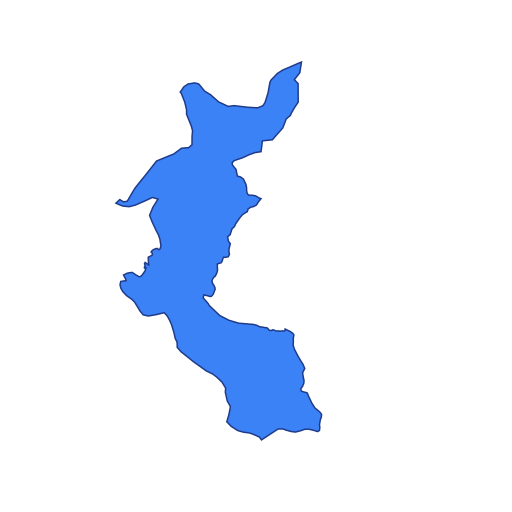 the district of Marudi, Sarawak, Malaysia, rotated 61°
{"feature_id": "92858781B4592285011837", "entity_name": "Marudi", "entity_type": "district", "adm_level": 2, "iso_a3": "MYS", "parent_name": "Malaysia", "parent_adm1": "Sarawak", "projection": "orthographic", "projection_center": [114.551, 4.191], "detail": "fine", "context": "isolated", "style": "filled", "palette": "blue", "viewbox_px": 512, "rotation_deg": 61, "n_neighbors": 0, "source": "geoboundaries", "source_scale": "gbopen_adm2", "svg_char_len": 3709}
<svg xmlns="http://www.w3.org/2000/svg" viewBox="0 0 512 512"><g transform="rotate(61 256 256)"><path d="M194.7,331.9L201.0,334.2L203.2,336.4L203.4,337.9L201.4,338.8L200.9,340.5L200.7,342.7L200.9,344.3L201.7,345.8L202.8,345.3L204.7,346.0L205.0,347.8L204.8,350.8L208.6,352.8L211.8,354.2L207.9,356.1L208.7,357.3L210.8,357.7L211.7,359.1L212.5,359.3L213.0,358.0L215.1,360.1L216.1,362.0L217.8,365.7L217.8,367.6L217.2,368.5L214.3,370.2L210.4,372.2L209.6,373.9L208.6,377.0L208.4,381.1L213.0,381.2L214.6,381.6L213.8,383.5L212.7,386.7L215.3,388.9L218.5,389.8L222.5,389.8L227.9,388.4L234.0,385.5L237.5,384.5L242.4,384.3L248.1,384.1L252.8,383.2L256.3,379.2L258.9,371.7L261.1,363.8L265.3,362.7L269.9,362.7L274.8,363.1L283.2,364.9L288.9,366.6L293.0,366.8L297.8,369.2L303.4,368.0L311.6,364.6L318.0,362.0L332.4,355.2L337.8,351.4L342.4,349.2L349.8,346.9L356.8,346.6L360.3,348.9L368.8,351.4L375.4,351.4L381.9,356.9L386.8,361.9L393.0,360.3L399.8,356.6L404.0,352.4L407.6,347.5L411.3,344.3L416.0,340.8L419.5,340.4L418.0,320.5L420.4,316.2L422.9,314.1L426.6,310.3L429.1,306.9L430.4,302.0L431.2,297.4L432.8,294.1L436.4,290.1L439.4,287.3L439.4,286.9L439.4,285.1L436.9,283.3L434.4,282.3L432.2,280.6L430.7,279.4L428.6,277.0L426.5,275.5L424.0,275.7L421.0,276.7L417.6,278.1L412.0,278.5L403.5,278.0L402.9,277.8L400.3,277.7L397.9,280.3L396.0,281.9L393.8,281.2L392.8,278.8L390.6,276.0L388.5,274.5L384.4,273.2L380.8,271.9L379.3,269.8L378.0,267.9L373.4,267.4L368.7,267.7L363.4,267.8L356.3,267.6L352.2,266.8L348.9,264.8L346.3,263.4L343.3,261.1L341.5,261.3L338.6,262.7L334.0,265.9L335.3,266.9L335.2,268.0L334.4,269.0L333.8,270.3L333.4,271.6L332.6,272.3L331.3,274.9L329.9,275.8L328.6,277.2L328.6,278.8L328.0,279.7L327.4,280.4L325.6,280.7L324.0,281.3L323.1,282.8L321.6,284.5L320.0,286.7L318.6,287.9L317.1,288.8L314.7,291.3L306.3,303.8L299.0,310.9L290.6,316.5L279.3,320.1L276.3,320.9L274.3,320.9L266.9,322.5L264.8,320.4L266.7,318.2L269.2,315.8L269.6,314.4L269.1,313.0L268.4,311.5L267.4,310.4L266.1,308.9L265.4,307.9L263.6,307.2L260.9,307.1L258.4,307.2L256.3,306.5L255.0,304.9L254.2,303.3L253.8,301.2L252.7,299.7L251.6,298.2L249.7,296.5L246.8,295.1L244.2,293.7L245.0,289.8L244.0,288.0L242.5,286.5L241.3,285.1L242.3,283.5L243.2,280.6L241.7,278.4L238.7,277.4L236.4,275.9L232.8,272.5L229.7,272.9L225.4,271.5L224.8,268.2L223.2,266.6L220.7,263.9L219.7,260.4L218.1,258.4L214.8,251.7L213.4,248.2L213.0,244.6L213.0,242.1L211.0,240.1L210.8,236.8L211.6,234.2L211.6,230.9L209.7,227.4L208.3,223.8L206.7,225.2L203.2,227.2L201.4,229.3L199.1,233.1L196.7,233.3L194.3,232.5L191.6,231.1L188.6,230.1L186.1,229.9L182.6,229.7L179.2,231.3L177.1,233.5L174.9,232.9L170.6,231.5L165.1,232.5L162.9,231.7L162.1,229.3L162.3,227.0L162.9,223.8L163.5,220.7L163.9,216.2L164.1,212.6L164.7,209.5L164.9,207.3L167.2,201.0L158.4,194.6L162.3,185.3L160.9,181.6L157.0,170.6L153.5,166.3L150.9,163.3L150.3,160.8L149.7,157.8L148.0,155.5L144.8,150.2L141.9,144.5L125.6,135.6L120.4,137.0L116.9,128.8L108.4,122.2L107.9,126.1L107.6,129.9L107.1,135.2L106.3,142.3L106.7,148.8L109.4,157.5L110.7,159.5L119.3,166.5L122.8,170.2L126.2,173.8L127.9,177.1L127.2,182.7L123.5,188.6L122.0,191.0L118.6,195.7L113.8,202.4L111.7,207.8L103.1,214.0L92.8,217.6L89.7,219.4L86.8,221.0L79.6,222.3L77.6,222.8L74.8,225.8L72.6,232.2L73.1,237.2L75.9,242.8L77.7,242.5L86.9,243.7L94.6,245.9L98.3,248.0L111.1,249.6L115.8,250.8L120.3,253.9L127.6,258.0L128.6,262.3L127.4,264.9L125.6,269.0L126.9,278.4L124.7,296.9L131.4,312.8L134.2,319.8L138.0,329.0L141.9,335.7L145.7,342.1L144.4,345.6L140.6,347.8L141.9,352.9L145.7,350.0L147.9,348.1L151.4,343.0L153.0,336.7L154.0,326.2L154.6,318.2L158.7,314.1L163.5,322.7L168.9,329.4L175.9,330.3L185.5,331.0L189.6,331.0L194.7,331.9Z" fill="#3b82f6" stroke="#1e3a8a" stroke-width="1.5"/></g></svg>